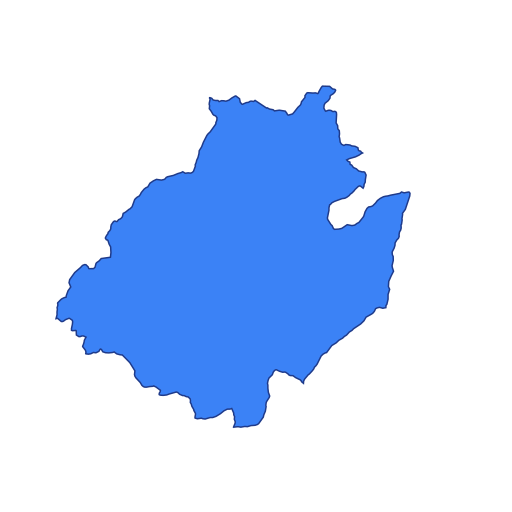 the district of Yarowilca, Huánuco, Peru, rotated 217°
{"feature_id": "86281439B41621224509593", "entity_name": "Yarowilca", "entity_type": "district", "adm_level": 2, "iso_a3": "PER", "parent_name": "Peru", "parent_adm1": "Huánuco", "projection": "equal_earth", "projection_center": [-76.6, -9.812], "detail": "fine", "context": "isolated", "style": "filled", "palette": "blue", "viewbox_px": 512, "rotation_deg": 217, "n_neighbors": 0, "source": "geoboundaries", "source_scale": "gbopen_adm2", "svg_char_len": 6075}
<svg xmlns="http://www.w3.org/2000/svg" viewBox="0 0 512 512"><g transform="rotate(217 256 256)"><path d="M155.9,361.7L156.0,363.6L156.9,365.7L158.8,368.0L158.9,369.0L161.0,372.8L161.8,373.5L163.9,377.4L164.7,378.2L164.8,383.1L169.3,396.4L170.7,398.7L171.9,399.2L172.7,398.9L175.7,395.6L178.3,394.7L178.8,392.6L185.1,385.6L186.8,383.4L188.6,381.6L189.9,380.0L191.4,376.9L192.4,373.4L192.4,370.2L193.0,366.2L193.9,364.7L195.6,362.9L196.0,360.8L195.5,357.1L193.9,352.6L193.8,351.2L194.0,344.7L194.9,342.9L195.8,340.0L197.7,338.0L202.0,335.9L204.1,329.7L206.1,327.3L209.4,324.5L210.8,324.6L213.6,326.1L215.1,326.2L220.9,328.4L221.9,329.4L225.3,336.5L226.7,338.3L228.0,341.2L227.6,341.9L227.4,344.2L226.2,346.8L221.8,353.6L219.8,355.6L218.8,357.6L218.0,360.3L217.9,362.3L217.3,364.0L216.9,366.7L216.9,368.8L216.2,373.0L215.6,374.2L214.5,374.7L211.3,374.6L211.7,376.5L212.8,378.3L213.2,380.7L214.5,382.6L216.8,386.9L219.4,388.3L220.4,388.2L221.8,387.1L225.2,385.7L228.4,386.0L231.4,385.3L234.4,386.2L235.9,385.8L237.6,387.5L239.4,387.0L241.4,387.3L240.1,389.9L236.2,395.1L234.4,398.6L233.7,400.8L232.9,402.4L234.4,402.3L235.6,402.7L236.8,402.1L238.0,402.2L239.8,403.8L242.9,403.2L245.9,401.5L247.7,401.2L250.7,399.5L251.5,398.9L252.3,397.2L255.0,396.7L257.3,397.6L260.3,400.6L261.4,401.3L262.8,403.8L264.9,406.2L267.2,406.8L269.2,409.2L272.1,410.5L276.8,417.5L278.2,419.0L279.1,419.2L280.1,419.0L281.5,417.6L283.8,417.3L285.4,416.4L286.2,415.5L287.4,413.6L288.0,413.6L290.8,414.9L292.4,417.5L292.8,419.5L291.8,423.5L291.9,426.5L293.1,428.5L293.0,429.4L292.0,432.0L291.7,434.1L292.1,436.2L292.5,436.5L293.4,436.5L295.4,435.5L299.3,435.8L305.2,431.6L305.3,429.9L304.7,425.2L304.3,423.8L304.4,422.9L306.6,422.1L308.6,420.4L312.9,417.6L313.5,416.7L313.4,413.5L312.3,412.1L312.5,406.5L311.8,405.1L311.4,403.3L312.0,399.9L312.1,393.6L312.3,391.5L314.8,388.1L315.8,387.8L317.4,388.6L319.8,389.3L325.1,386.5L328.6,383.0L330.4,383.1L333.6,381.5L336.2,381.1L336.6,380.5L350.4,379.7L350.9,378.0L353.2,376.7L354.0,375.6L354.4,374.3L356.1,372.6L358.1,369.0L358.6,368.8L361.1,369.3L363.8,371.7L368.4,371.7L368.9,371.2L370.4,367.7L371.4,364.2L373.2,361.5L375.1,360.6L377.0,359.3L378.4,357.1L380.0,357.3L381.8,355.9L384.0,354.8L386.3,355.3L388.0,354.8L388.8,354.2L388.1,354.3L386.9,353.4L385.4,350.1L384.6,348.9L383.5,348.1L381.9,345.5L379.1,344.7L375.6,343.2L374.3,343.1L372.6,343.6L370.4,343.0L369.0,340.9L368.3,338.3L367.6,337.4L367.5,336.1L367.3,327.6L367.8,324.6L367.8,322.7L366.5,315.3L365.1,310.4L364.7,305.9L363.2,303.5L361.6,299.7L361.0,296.8L360.1,294.8L359.4,292.1L358.5,291.3L356.9,286.0L357.2,284.3L358.1,282.8L360.2,281.6L362.3,279.5L365.2,279.2L366.0,277.5L368.1,274.7L370.5,270.6L374.3,266.1L375.0,264.7L375.0,263.0L375.4,261.9L377.2,259.7L381.6,257.3L383.2,254.2L384.5,250.4L384.0,246.1L385.0,244.2L385.6,242.1L385.8,237.6L385.4,235.7L385.4,233.5L386.3,231.5L386.8,229.2L386.8,227.9L384.6,220.8L385.0,217.8L385.5,216.9L386.6,212.5L387.7,210.1L386.4,207.1L386.3,205.7L386.7,204.0L387.6,202.3L387.7,200.0L388.2,199.5L389.8,199.0L390.5,197.8L390.4,193.9L389.4,191.8L388.4,190.4L388.2,189.6L388.0,188.4L388.3,185.9L387.7,184.8L387.7,182.5L387.3,180.1L386.9,179.5L385.2,178.9L384.3,179.4L383.6,179.3L380.3,177.0L377.6,175.8L373.8,171.3L371.5,167.4L378.1,160.8L378.3,157.9L379.3,154.6L379.2,153.5L377.8,150.2L378.1,148.2L381.7,145.4L382.1,145.4L383.5,146.3L386.6,146.7L387.8,145.9L388.9,144.0L389.2,141.2L390.8,133.7L390.6,125.0L389.2,122.1L385.3,119.8L385.2,115.2L383.7,110.3L382.9,108.8L384.0,107.5L385.2,105.2L385.6,103.9L386.2,99.3L385.9,98.7L385.3,98.3L384.5,97.1L383.7,94.9L382.7,94.1L381.2,91.5L379.5,89.3L378.0,85.6L377.0,86.8L372.1,86.5L371.0,87.3L370.5,88.2L369.8,90.6L368.0,93.5L367.4,94.0L364.0,94.1L362.9,93.2L361.5,90.9L359.7,87.0L358.6,85.6L357.6,85.9L355.1,88.1L354.6,88.1L351.9,84.8L349.0,85.0L348.0,85.7L346.8,87.5L345.7,88.3L342.9,88.9L342.4,85.5L341.5,83.8L340.6,81.4L340.2,79.8L339.9,79.3L335.6,78.1L334.0,77.0L333.2,75.5L332.9,75.5L330.7,76.8L329.1,78.5L327.8,81.1L325.7,82.3L325.4,82.7L324.1,85.3L324.4,87.6L324.1,88.2L323.1,88.3L320.7,87.3L318.0,88.2L315.3,90.0L312.5,92.6L311.5,94.0L308.4,94.0L305.4,95.2L303.1,96.5L292.6,94.9L283.6,91.4L281.7,88.2L280.3,87.1L278.5,86.4L272.3,85.3L269.2,84.0L267.3,83.9L265.8,84.4L264.5,85.4L262.7,87.4L259.8,90.0L259.5,90.7L256.8,91.2L251.5,91.2L250.8,89.9L250.7,88.3L250.1,87.2L249.6,87.0L248.3,87.5L246.2,88.9L243.7,91.3L242.3,93.5L237.8,99.4L236.4,99.9L233.8,99.6L230.5,100.4L229.3,101.3L227.1,101.7L225.4,102.6L222.7,102.3L221.5,101.3L220.3,99.5L218.6,98.8L216.8,97.4L213.3,95.9L212.6,95.2L209.9,94.0L209.2,93.4L207.7,90.5L207.1,89.9L204.9,90.7L202.0,93.6L200.6,94.0L198.5,95.2L195.4,99.4L193.4,100.9L191.4,103.9L189.5,108.7L188.4,113.1L186.8,116.4L184.5,118.2L183.6,119.6L179.4,117.2L178.2,115.8L176.4,114.8L175.1,112.6L172.9,111.2L172.1,110.0L170.8,105.2L170.8,105.9L168.9,107.7L167.6,108.9L165.1,110.2L162.4,113.1L160.1,114.6L158.0,117.5L154.8,120.3L153.4,122.4L153.0,123.8L153.2,131.7L154.2,133.9L155.1,137.6L157.3,141.8L158.3,142.7L159.5,144.8L159.9,145.9L160.3,150.9L160.8,152.4L164.0,154.5L166.9,157.5L168.8,160.0L170.2,161.2L171.4,163.7L172.2,166.2L171.5,171.0L172.3,173.6L172.3,175.5L171.9,176.8L171.3,177.4L167.9,178.1L164.8,179.2L163.1,180.7L162.2,181.0L159.4,181.1L158.4,180.8L156.8,181.1L154.4,182.7L151.3,182.7L146.1,183.7L145.0,183.6L144.0,183.0L141.5,182.9L142.7,184.8L143.1,187.0L142.8,192.6L142.4,193.8L142.0,197.6L141.9,200.2L142.4,202.6L142.1,204.1L142.1,206.3L143.8,215.4L143.3,218.2L142.2,220.6L141.5,221.3L141.6,230.1L139.7,234.9L139.1,238.6L137.4,242.5L137.0,245.0L136.1,247.3L135.7,251.5L134.6,254.3L134.3,256.7L131.5,264.7L130.8,269.2L131.3,273.4L128.6,279.6L128.2,281.2L128.2,283.3L128.8,285.9L127.9,287.6L126.5,289.3L123.3,290.6L121.2,292.9L122.4,294.7L122.4,296.1L124.5,300.9L127.4,304.8L129.2,309.8L131.8,311.2L134.7,315.6L136.1,321.5L137.0,326.6L140.1,328.8L141.5,330.1L143.7,335.1L146.2,338.2L147.8,339.0L149.3,340.6L149.8,341.7L150.4,345.3L151.4,348.1L152.8,350.2L153.2,353.6L152.9,355.8L153.4,357.7L154.7,359.3L155.9,361.7Z" fill="#3b82f6" stroke="#1e3a8a" stroke-width="1.5"/></g></svg>